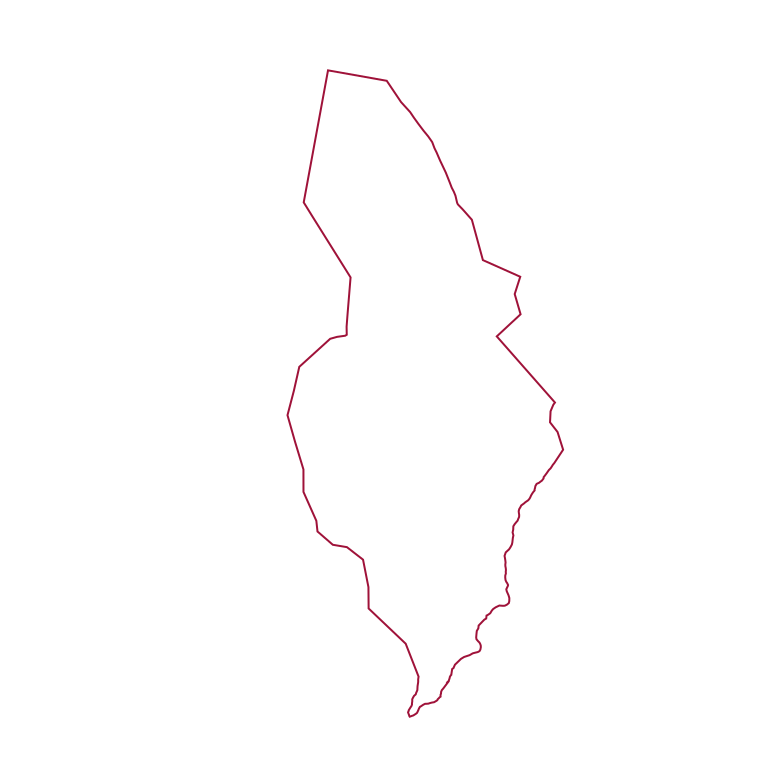 outline of San Pedro Mixtepec -Dto. 26 -, Oaxaca, Mexico, rotated 226°
{"feature_id": "50627088B31998279857894", "entity_name": "San Pedro Mixtepec -Dto. 26 -", "entity_type": "district", "adm_level": 2, "iso_a3": "MEX", "parent_name": "Mexico", "parent_adm1": "Oaxaca", "projection": "albers", "projection_center": [-96.262, 16.226], "detail": "fine", "context": "isolated", "style": "outline", "palette": "rose", "viewbox_px": 768, "rotation_deg": 226, "n_neighbors": 0, "source": "geoboundaries", "source_scale": "gbopen_adm2", "svg_char_len": 3070}
<svg xmlns="http://www.w3.org/2000/svg" viewBox="0 0 768 768"><g transform="rotate(226 384 384)"><path d="M251.9,494.1L339.9,498.2L339.3,530.7L357.9,540.5L366.5,556.5L404.4,541.2L441.1,561.3L455.0,561.9L461.9,561.9L463.6,562.5L469.8,566.2L473.8,567.8L478.2,569.1L483.1,571.2L493.1,575.3L499.9,577.6L505.3,579.4L509.6,581.0L513.8,582.6L518.5,584.1L524.5,586.7L531.4,587.8L538.8,588.4L547.0,589.4L554.7,590.5L561.5,591.7L574.9,592.1L600.2,596.6L648.5,561.6L570.4,452.4L553.8,448.8L483.9,434.0L459.3,406.0L451.2,396.9L445.3,391.4L445.7,389.6L450.5,383.0L453.9,376.7L455.2,335.0L441.7,314.4L428.6,292.9L403.9,279.7L378.5,266.7L362.3,251.1L332.6,240.3L324.1,233.7L303.9,235.5L292.4,244.0L272.2,246.9L248.7,231.7L233.2,217.0L182.1,219.2L149.5,205.6L147.8,203.4L145.9,201.6L143.3,198.2L140.6,195.3L139.4,192.4L138.7,191.2L138.8,189.0L138.3,187.2L137.6,185.3L136.2,184.0L134.7,182.1L134.0,181.5L133.3,180.1L132.9,178.2L132.6,177.0L132.1,175.1L131.5,174.3L131.2,173.3L129.8,172.6L128.9,172.3L128.4,172.0L127.4,171.5L126.8,171.4L125.8,173.7L125.2,174.9L124.6,177.9L124.5,179.4L125.5,182.0L126.3,183.8L126.8,185.6L126.5,186.7L126.0,189.5L125.4,191.4L124.4,192.5L123.3,193.8L122.4,195.7L121.6,197.1L120.3,199.0L119.7,201.5L119.5,202.7L119.9,203.6L119.9,205.3L120.0,206.4L119.8,207.5L121.1,208.7L121.6,209.8L122.9,211.3L123.6,212.9L123.8,215.1L124.9,222.0L125.2,221.8L125.3,221.8L125.6,223.0L125.2,224.0L125.5,224.4L125.6,224.6L126.0,225.3L126.9,227.0L127.5,227.8L128.1,229.7L128.0,230.3L131.6,235.0L131.4,236.7L131.9,237.8L132.8,240.1L132.8,248.4L132.0,252.0L129.5,257.2L128.9,259.5L128.7,260.5L128.2,261.5L127.4,262.9L126.0,265.3L125.5,267.1L126.0,268.8L127.4,270.8L128.5,271.8L129.8,272.5L131.8,273.1L133.2,273.0L136.1,273.2L137.6,274.2L139.8,276.7L141.9,279.2L142.7,282.1L144.5,284.3L144.7,289.1L144.8,292.5L144.3,294.6L146.2,296.9L145.9,297.8L145.6,299.1L145.3,301.2L146.1,304.1L146.3,306.2L145.8,309.2L144.5,313.1L141.8,315.5L140.6,316.9L139.9,319.0L139.7,321.6L140.8,323.3L143.0,325.5L145.5,326.8L149.6,328.3L151.4,329.4L152.7,332.8L153.2,333.6L154.1,333.9L155.2,334.3L156.2,334.4L157.5,334.8L158.5,335.2L160.5,336.7L162.0,338.2L163.0,340.0L164.3,341.1L165.5,342.5L167.0,343.7L168.7,344.8L169.9,345.9L171.1,347.4L172.5,348.5L174.6,350.0L176.6,351.3L178.3,354.6L178.2,359.1L178.7,361.4L179.7,364.5L180.9,366.3L183.8,369.8L185.2,371.9L187.9,373.4L189.5,375.8L191.8,378.2L192.4,380.5L192.7,383.0L192.9,385.2L193.6,386.6L194.5,388.8L195.9,390.3L197.5,391.4L199.0,392.6L200.1,394.4L200.7,396.7L201.3,398.3L200.8,402.0L200.8,403.2L200.6,404.6L200.2,406.9L200.4,408.9L200.8,410.3L201.5,412.0L201.9,413.2L202.3,414.8L202.6,416.3L202.8,418.4L203.4,418.9L203.7,419.3L204.2,420.3L204.8,421.1L205.4,422.0L205.6,422.5L205.8,423.4L206.1,424.3L205.9,425.2L205.5,426.1L205.2,427.1L205.1,428.5L204.8,430.5L205.0,431.7L205.2,433.1L206.1,434.2L206.3,435.9L206.7,438.3L206.9,439.5L207.2,440.9L207.6,443.0L207.6,445.2L208.1,447.5L208.6,449.4L208.8,451.4L212.3,467.2L228.9,475.5L241.1,476.8L244.0,479.9L248.7,484.9L251.5,491.5L251.9,494.1Z" fill="none" stroke="#9f1239" stroke-width="2"/></g></svg>